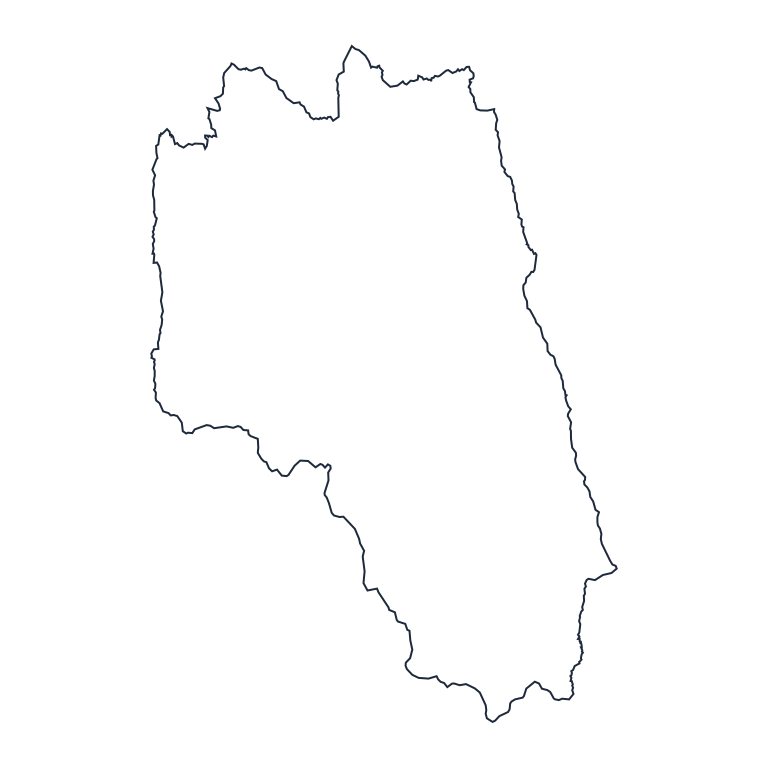 Gakenke, Northern, Rwanda (Equal Earth projection)
{"feature_id": "39286606B43223731633869", "entity_name": "Gakenke", "entity_type": "district", "adm_level": 2, "iso_a3": "RWA", "parent_name": "Rwanda", "parent_adm1": "Northern", "projection": "equal_earth", "projection_center": [29.798, -1.711], "detail": "fine", "context": "isolated", "style": "outline", "palette": "slate", "viewbox_px": 768, "rotation_deg": 0, "n_neighbors": 0, "source": "geoboundaries", "source_scale": "gbopen_adm2", "svg_char_len": 6034}
<svg xmlns="http://www.w3.org/2000/svg" viewBox="0 0 768 768"><path d="M438.1,679.3L440.6,681.8L444.1,683.0L447.3,687.1L452.0,683.6L454.2,683.5L459.6,685.2L466.0,684.1L474.7,688.3L479.8,692.5L485.7,705.3L486.3,710.1L485.7,713.8L486.9,718.3L492.5,721.9L495.1,720.7L499.4,716.1L508.1,712.0L509.6,709.3L510.2,703.4L511.6,701.5L515.0,699.4L522.7,697.6L523.9,696.1L526.3,688.6L534.8,681.7L539.0,683.5L541.9,688.7L547.4,690.1L550.3,692.1L553.8,698.5L555.0,699.3L558.8,700.1L562.2,698.7L569.1,699.4L573.5,693.9L572.2,690.2L573.1,687.8L572.2,685.5L572.8,684.5L571.7,681.1L570.6,681.0L571.4,677.9L570.4,676.1L571.4,675.3L571.9,672.9L571.3,671.2L573.1,669.9L574.7,666.0L579.5,663.4L579.1,662.1L581.5,659.6L580.9,658.1L581.6,654.4L582.9,652.6L581.9,651.7L582.3,650.3L581.0,647.3L581.8,647.3L581.7,645.8L581.0,642.7L580.1,643.7L580.6,641.6L579.7,641.4L579.6,638.7L578.1,638.9L579.4,636.4L578.0,634.8L579.3,632.5L580.3,624.1L579.1,621.2L580.1,617.0L579.7,616.0L581.3,611.5L582.8,610.0L582.2,607.0L584.1,601.0L583.8,595.8L585.0,593.8L584.4,588.8L585.9,586.5L585.0,583.6L586.7,580.0L588.5,578.8L595.0,580.1L602.9,575.0L611.5,573.0L616.7,568.6L615.7,565.9L612.4,564.5L610.1,560.7L601.9,543.9L600.8,539.1L601.4,533.9L599.9,528.5L597.9,525.5L597.4,522.1L597.4,517.1L599.0,512.2L595.5,509.8L593.2,501.5L590.3,497.0L589.5,491.4L587.3,487.4L584.4,484.5L584.0,481.3L585.0,479.9L585.2,477.0L578.0,469.1L575.5,462.1L575.1,459.3L576.1,455.9L575.9,452.8L572.2,447.7L571.0,438.8L570.9,430.7L570.1,429.0L571.1,422.3L567.8,416.1L568.1,413.7L570.8,409.3L568.2,406.3L566.1,400.5L565.4,397.2L566.6,395.3L565.4,394.9L565.0,391.3L563.3,388.2L562.7,380.8L561.4,378.2L561.2,375.2L555.6,364.7L554.7,359.0L553.4,356.2L550.5,354.8L547.6,351.1L547.3,343.7L543.0,337.6L540.5,327.3L536.1,322.6L535.3,319.7L529.9,309.8L527.4,308.2L527.0,301.2L524.4,295.7L523.2,289.0L523.4,285.2L525.7,282.5L526.4,277.7L529.7,274.7L531.4,271.8L533.2,272.0L534.5,269.9L536.5,254.9L535.4,253.2L534.0,253.9L532.0,249.7L530.8,250.1L528.4,246.9L528.4,245.2L526.7,244.3L527.3,243.5L523.2,232.0L523.5,227.2L522.1,226.6L521.4,224.5L521.8,219.5L518.2,217.0L518.8,213.9L517.2,209.5L516.8,203.9L515.2,200.0L514.6,193.0L513.2,191.4L513.6,186.5L512.3,184.1L511.9,180.5L510.2,176.9L507.7,176.1L504.4,171.9L505.0,169.4L501.7,165.7L501.1,160.9L501.6,157.2L499.0,147.5L499.6,141.1L497.6,135.4L498.0,132.2L495.7,129.8L496.2,123.1L497.3,119.9L495.6,114.5L494.0,112.0L494.2,109.1L487.4,110.6L480.3,110.4L476.6,109.1L474.9,102.7L474.1,102.1L473.8,97.2L470.4,92.3L470.3,89.0L468.6,87.0L471.0,82.3L469.8,82.2L469.6,79.7L473.1,78.3L473.7,76.1L473.4,73.3L470.1,70.3L469.1,66.8L466.5,67.0L463.8,70.1L462.1,69.2L459.4,71.0L458.0,69.3L456.2,71.5L452.5,73.0L448.3,70.1L446.2,70.6L439.8,75.7L438.1,76.5L434.9,75.9L433.7,77.7L431.7,78.1L431.1,81.3L430.7,79.7L428.4,79.9L426.7,78.5L423.5,79.5L422.2,77.4L418.3,75.7L417.7,79.6L413.8,81.1L410.7,80.7L406.6,84.5L404.3,83.4L402.9,81.4L397.5,85.6L390.3,86.8L382.8,80.1L381.6,76.7L382.5,75.0L381.9,72.4L382.8,70.8L379.5,67.4L379.2,65.7L377.6,66.2L377.0,67.7L372.4,66.6L371.1,67.6L369.0,61.6L365.4,55.7L358.8,50.0L355.5,49.1L351.8,46.1L343.9,61.8L343.4,63.6L343.8,71.6L338.7,74.5L336.5,80.1L337.8,83.7L337.3,90.3L338.3,91.5L338.1,93.6L338.9,95.2L338.3,97.9L338.7,116.8L333.1,120.7L330.5,116.8L327.9,117.2L326.9,118.8L324.2,117.6L321.3,118.8L320.3,117.9L318.9,119.2L315.8,118.4L313.7,119.3L310.4,117.1L309.1,113.5L306.4,112.3L304.0,106.6L300.5,104.5L299.6,102.3L293.7,103.2L286.4,98.0L282.8,91.2L279.0,89.1L276.2,81.1L271.7,79.1L265.6,74.5L262.2,68.1L259.4,67.5L251.5,70.6L249.0,70.2L246.2,68.1L245.4,69.4L244.0,68.7L240.9,69.7L238.5,69.2L234.0,64.7L231.5,63.5L230.5,66.0L224.2,73.0L223.2,77.5L224.1,86.1L223.2,87.4L222.9,93.7L220.4,96.2L215.0,98.2L218.6,103.6L220.1,108.8L219.8,110.2L217.2,110.9L207.5,108.1L209.4,112.0L208.4,118.4L209.5,119.2L211.2,124.8L211.3,128.1L215.0,130.4L216.2,136.5L213.3,135.6L212.0,137.1L209.2,135.7L208.4,137.0L207.2,135.6L205.1,135.5L205.2,137.7L207.7,140.1L206.8,145.9L205.1,148.7L203.6,144.3L201.8,143.8L194.7,143.6L192.4,144.9L188.6,143.9L183.6,147.6L179.0,145.4L177.3,143.1L175.0,144.1L173.0,136.5L172.3,135.7L171.5,136.5L171.2,134.8L170.0,135.1L169.7,131.9L167.0,129.1L162.4,133.8L161.1,133.4L160.5,135.6L159.6,135.2L158.3,144.5L156.1,145.9L156.4,152.9L157.5,158.2L156.5,159.2L152.4,169.7L155.1,175.3L153.4,180.7L154.0,184.5L152.9,191.2L153.0,195.4L154.2,199.8L154.4,210.5L153.8,211.8L155.5,217.1L156.8,218.3L154.9,225.6L153.8,226.6L153.9,229.9L152.8,231.6L153.7,234.5L152.5,236.8L154.1,239.1L154.2,241.1L152.8,244.0L153.6,248.6L152.5,253.7L154.0,253.6L154.3,254.7L153.6,262.9L157.0,262.5L159.1,266.2L160.6,272.9L160.2,275.9L162.4,292.4L160.9,300.7L163.0,311.3L161.3,316.6L162.2,319.7L161.6,325.1L160.0,329.9L160.5,333.2L159.6,334.2L158.9,339.9L157.9,342.4L158.4,348.9L153.7,349.4L151.3,353.6L151.9,356.3L151.4,357.8L154.5,359.3L154.7,360.5L154.0,361.8L154.7,364.2L153.9,368.0L154.7,370.8L154.7,376.0L153.9,380.5L155.4,383.9L155.1,388.1L154.0,389.8L155.9,392.5L155.6,398.1L156.2,400.5L159.5,403.1L163.2,411.4L168.5,413.1L170.7,415.4L173.8,415.0L177.3,416.1L181.8,422.7L182.8,431.2L186.2,433.5L188.1,432.7L192.3,433.1L194.7,429.4L206.6,425.1L210.2,425.7L214.1,428.2L226.5,426.4L233.2,427.8L237.8,426.1L240.6,426.9L243.4,430.0L248.1,430.4L248.6,434.2L250.6,436.1L257.8,438.9L258.3,447.5L257.8,452.9L261.3,458.7L263.9,461.4L266.4,462.2L269.0,468.3L272.1,471.3L277.0,469.6L281.8,475.6L286.6,476.1L288.5,474.9L294.6,465.7L300.2,460.6L308.1,461.0L315.5,467.3L320.4,464.0L322.5,464.8L325.0,467.6L327.9,464.4L330.3,465.8L330.7,468.5L328.2,472.5L328.5,480.4L324.5,493.1L324.7,494.9L326.8,497.7L328.9,503.0L331.7,512.8L334.0,515.5L339.5,517.0L343.4,516.7L354.9,528.9L359.1,538.8L360.1,543.5L364.1,550.8L362.7,556.6L364.6,571.3L363.5,583.1L367.5,590.5L377.0,588.6L378.5,592.3L388.5,607.4L389.2,609.9L394.9,612.3L396.7,619.8L397.9,621.5L405.3,623.9L407.3,629.8L409.5,630.8L410.3,640.3L412.3,649.7L410.1,658.2L405.8,662.7L405.6,665.8L406.9,669.1L412.4,674.9L418.7,677.9L428.5,678.6L436.6,676.2L438.1,679.3Z" fill="none" stroke="#1e293b" stroke-width="2"/></svg>